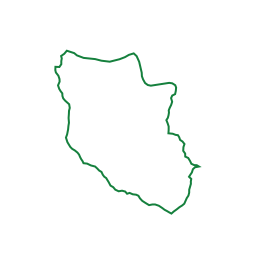 the district of São José do Brejo do Cruz, Paraíba, Brazil, rotated 245°
{"feature_id": "56859067B98601062651136", "entity_name": "São José do Brejo do Cruz", "entity_type": "district", "adm_level": 2, "iso_a3": "BRA", "parent_name": "Brazil", "parent_adm1": "Paraíba", "projection": "robinson", "projection_center": [-37.369, -6.238], "detail": "fine", "context": "isolated", "style": "outline", "palette": "green", "viewbox_px": 256, "rotation_deg": 245, "n_neighbors": 0, "source": "geoboundaries", "source_scale": "gbopen_adm2", "svg_char_len": 1836}
<svg xmlns="http://www.w3.org/2000/svg" viewBox="0 0 256 256"><g transform="rotate(245 128 128)"><path d="M223.9,105.2L222.2,101.6L221.5,97.8L219.1,97.4L216.8,95.8L214.0,94.5L212.3,91.6L214.1,88.1L211.2,86.6L208.8,86.1L204.8,87.0L201.3,86.6L198.9,85.6L196.2,82.6L192.5,82.2L189.7,82.5L187.2,83.1L184.7,82.1L182.2,81.8L179.3,82.6L174.4,84.7L170.8,83.7L168.5,81.8L165.6,80.3L162.2,78.4L157.7,76.7L154.9,74.8L152.0,73.1L147.9,70.1L145.5,67.7L140.7,67.1L135.2,67.7L132.7,68.6L130.2,70.3L127.1,71.8L124.6,72.4L122.0,72.3L119.6,72.4L117.2,72.8L114.9,72.8L113.0,75.9L109.7,78.6L107.0,81.9L104.3,83.0L101.6,83.9L99.4,85.4L96.3,85.4L93.9,85.9L91.8,87.1L89.6,87.3L87.2,87.6L83.2,87.8L80.6,89.6L77.5,90.4L74.6,92.8L73.7,96.1L71.6,98.6L68.8,99.4L68.5,102.0L65.9,104.3L64.1,107.2L62.2,108.8L59.2,109.1L56.0,110.1L52.8,112.1L49.2,114.5L48.4,117.7L47.2,120.3L44.5,123.1L40.9,125.3L38.4,126.6L36.3,128.2L34.1,129.7L32.1,131.2L33.0,134.2L33.7,137.9L34.5,141.2L34.9,144.4L35.6,147.0L37.5,149.2L39.6,151.6L41.2,154.2L43.5,156.1L46.2,157.4L48.5,159.4L50.8,161.4L52.9,162.3L55.1,163.8L58.0,162.7L59.4,164.9L60.7,167.1L63.2,169.4L64.1,172.1L63.1,176.0L65.2,174.6L66.4,172.3L68.8,170.3L71.9,170.3L75.4,169.9L77.9,167.8L80.7,169.0L84.0,168.4L87.3,170.2L89.6,172.4L92.7,171.7L95.2,170.2L98.0,170.5L100.4,170.2L101.7,168.2L103.9,166.1L106.1,162.4L109.0,164.0L112.2,165.5L115.4,165.9L118.9,166.1L120.4,168.4L122.4,170.1L124.6,171.6L126.8,172.4L128.7,174.4L130.6,176.8L133.1,179.1L136.9,179.7L138.7,181.8L138.8,185.0L141.4,187.0L144.3,188.7L146.8,188.9L149.8,187.0L151.5,184.4L156.7,166.6L158.6,164.1L161.5,162.5L165.7,162.2L169.1,162.5L172.3,163.8L183.3,166.1L189.5,166.2L193.2,164.7L193.9,159.7L193.5,155.2L193.9,149.4L195.8,139.5L200.2,132.4L204.3,127.4L210.3,117.4L215.4,112.4L218.6,110.9L223.9,105.2Z" fill="none" stroke="#15803d" stroke-width="2"/></g></svg>